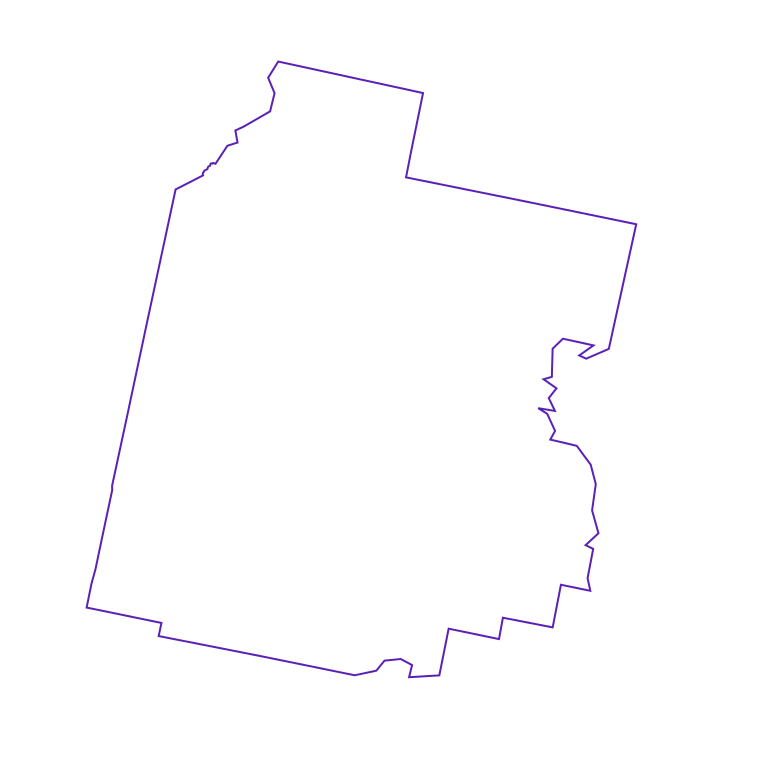 outline of Marion, Florida, United States of America, rotated 102°
{"feature_id": "52423323B27040576130410", "entity_name": "Marion", "entity_type": "district", "adm_level": 2, "iso_a3": "USA", "parent_name": "United States of America", "parent_adm1": "Florida", "projection": "equal_earth", "projection_center": [-82.102, 29.24], "detail": "fine", "context": "isolated", "style": "outline", "palette": "violet", "viewbox_px": 768, "rotation_deg": 102, "n_neighbors": 0, "source": "geoboundaries", "source_scale": "gbopen_adm2", "svg_char_len": 1136}
<svg xmlns="http://www.w3.org/2000/svg" viewBox="0 0 768 768"><g transform="rotate(102 384 384)"><path d="M675.0,352.1L666.0,331.9L654.5,326.0L649.5,310.5L653.1,298.1L665.6,298.5L657.5,269.3L609.9,269.9L609.6,218.5L587.9,219.1L587.0,168.4L543.6,169.2L543.4,139.2L531.6,144.5L501.8,145.1L499.7,153.3L485.4,143.2L464.3,154.2L438.0,156.0L420.0,165.0L404.4,182.6L403.8,209.8L394.3,206.9L379.2,218.2L375.6,228.2L374.8,211.2L363.5,219.9L352.4,214.4L346.2,228.9L342.1,221.3L314.4,226.4L302.5,218.4L302.7,187.1L315.5,199.0L317.2,191.5L302.9,171.4L175.3,170.5L176.0,278.6L177.3,405.4L153.2,405.8L91.3,406.3L90.6,554.5L108.5,561.0L122.3,551.5L141.0,552.1L161.6,575.0L166.9,582.1L178.3,577.5L183.5,586.7L203.6,594.6L203.3,596.8L204.1,597.5L204.0,598.7L204.4,599.3L204.8,599.5L206.3,599.5L207.0,599.7L207.8,601.0L208.5,601.3L210.4,601.4L211.8,602.9L212.4,603.8L213.1,604.3L214.1,604.4L214.9,605.0L216.6,604.9L217.3,604.3L217.6,604.4L237.0,628.3L378.8,628.6L471.0,628.6L540.0,628.8L544.3,627.8L597.1,627.8L624.9,627.7L640.0,628.6L664.5,628.4L664.0,552.0L677.4,552.0L675.8,446.3L675.0,352.1Z" fill="none" stroke="#5b21b6" stroke-width="2"/></g></svg>